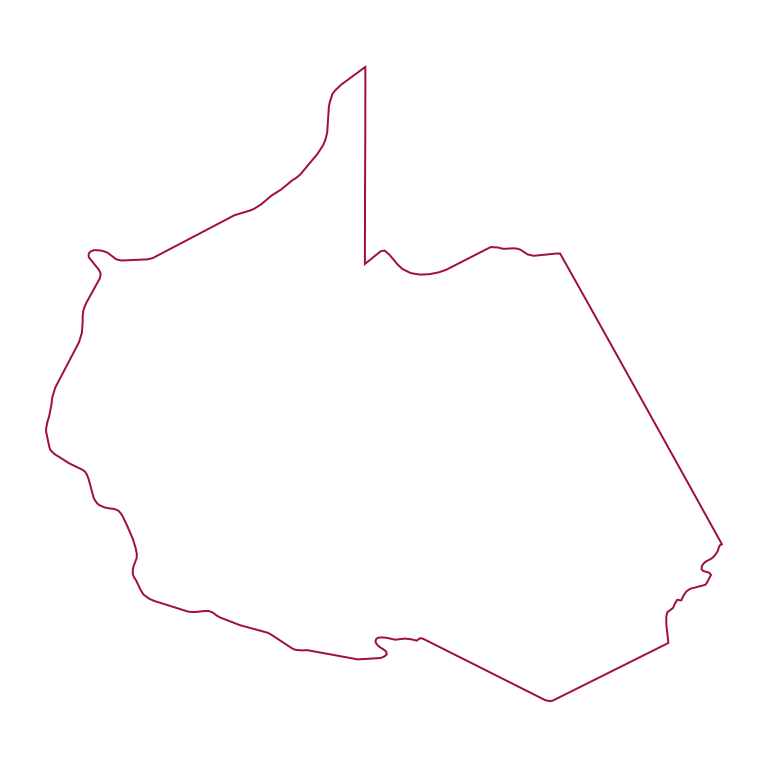 map outline of Madre de Dios (Albers equal-area conic projection)
{"feature_id": "PER-572", "entity_name": "Madre de Dios", "entity_type": "Department", "adm_level": 1, "iso_a3": "PER", "parent_name": "Peru", "parent_adm1": "", "projection": "albers", "projection_center": [-70.763, -11.651], "detail": "fine", "context": "isolated", "style": "outline", "palette": "rose", "viewbox_px": 768, "rotation_deg": 0, "n_neighbors": 0, "source": "natural_earth", "source_scale": "10m", "svg_char_len": 2511}
<svg xmlns="http://www.w3.org/2000/svg" viewBox="0 0 768 768"><path d="M556.7,253.5L560.1,253.5L560.7,254.7L561.4,255.8L562.1,257.0L562.7,258.1L563.3,259.3L564.0,260.5L564.7,261.7L565.3,262.8L584.3,296.7L603.3,330.7L622.2,364.6L641.1,398.6L660.0,432.6L678.9,466.6L697.7,500.5L716.5,534.5L721.0,542.6L721.9,544.3L720.1,545.1L719.0,546.8L717.9,550.6L716.3,553.4L714.2,556.1L711.6,558.5L706.1,561.4L703.6,563.5L701.8,566.2L701.6,569.3L703.3,571.0L709.2,572.7L711.0,574.8L706.7,583.1L705.3,584.8L690.2,588.8L686.5,591.3L683.7,595.2L681.3,600.4L677.3,599.8L675.1,603.3L673.1,607.8L667.3,612.3L666.3,616.5L666.3,624.5L668.4,642.9L668.3,643.0L553.2,700.4L550.3,701.2L545.3,700.2L423.0,638.7L420.0,638.2L416.7,640.6L410.8,639.2L404.9,638.6L395.1,639.7L386.6,637.8L380.9,637.4L378.2,637.8L376.4,638.8L375.4,641.4L376.4,643.8L378.2,645.8L380.5,647.6L385.1,650.5L386.5,652.4L386.6,654.6L384.3,656.5L380.7,658.0L357.9,659.4L306.9,650.1L302.0,650.4L296.0,649.9L293.1,649.0L270.5,634.2L267.5,632.7L239.7,625.1L220.6,617.7L217.2,615.9L212.8,612.6L210.8,611.7L208.4,611.0L204.7,611.0L195.3,612.0L192.0,612.0L188.0,611.6L153.8,600.8L149.0,598.6L143.5,594.6L140.5,589.7L136.0,580.2L134.1,577.4L132.8,574.2L132.8,569.5L133.6,566.1L136.7,557.9L136.8,553.6L135.5,547.6L132.8,538.8L126.7,524.7L122.6,516.2L121.1,513.8L118.9,511.2L117.0,510.0L115.2,509.3L112.8,508.7L110.1,508.5L104.6,507.5L99.5,505.2L97.2,503.4L95.4,500.9L93.7,498.0L88.5,478.7L86.9,474.7L85.0,471.6L82.5,469.8L69.3,463.4L54.4,454.0L51.1,450.8L50.4,449.9L50.0,449.0L49.4,447.3L46.1,431.6L46.1,428.8L47.4,421.8L49.1,416.6L51.4,404.9L52.2,397.7L55.3,387.5L78.9,342.4L81.9,332.7L82.7,321.2L82.6,316.8L83.2,311.3L84.4,307.4L86.4,302.7L99.8,278.4L100.4,275.5L100.5,273.1L99.0,269.9L88.9,257.4L88.6,255.2L88.9,253.4L90.7,251.4L94.0,250.1L100.6,250.5L104.6,251.5L107.8,252.9L115.4,258.7L116.8,259.5L121.4,260.5L147.0,259.4L151.2,258.5L153.1,257.9L234.5,215.2L250.3,210.4L253.9,208.9L261.1,204.4L271.6,195.5L281.0,189.6L292.4,180.2L295.6,178.3L300.0,174.8L317.6,153.7L323.3,144.9L325.7,138.8L327.2,132.5L328.9,106.5L329.8,102.3L332.4,94.0L335.2,90.4L341.0,84.8L365.3,66.9L365.4,82.3L365.3,106.1L365.3,129.9L365.2,153.7L365.1,177.5L365.0,201.3L365.0,225.1L364.9,248.9L364.9,264.0L380.6,251.3L384.5,250.5L389.5,254.8L397.7,264.6L402.3,268.9L410.7,273.1L420.0,274.6L429.4,274.2L438.6,272.4L446.1,269.8L490.6,247.1L498.3,247.5L501.8,248.6L505.4,248.8L512.9,248.3L517.8,248.7L520.9,250.0L527.8,254.5L533.9,255.8L556.7,253.5Z" fill="none" stroke="#9f1239" stroke-width="2"/></svg>